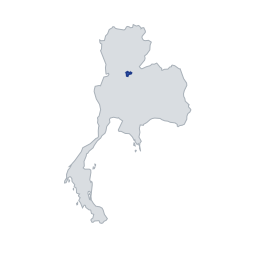 Mueang Phitsanulok, Phitsanulok, Thailand shown in context, rotated 18°
{"feature_id": "78962969B1264982226283", "entity_name": "Mueang Phitsanulok", "entity_type": "district", "adm_level": 2, "iso_a3": "THA", "parent_name": "Thailand", "parent_adm1": "Phitsanulok", "projection": "orthographic", "projection_center": [100.243, 16.805], "detail": "fine", "context": "in_parent", "style": "filled", "palette": "blue", "viewbox_px": 256, "rotation_deg": 18, "n_neighbors": 0, "source": "geoboundaries", "source_scale": "gbopen_adm2", "svg_char_len": 4759}
<svg xmlns="http://www.w3.org/2000/svg" viewBox="0 0 256 256"><g transform="rotate(18 128 128)"><path d="M109.5,28.7L109.7,29.6L110.7,28.3L112.0,27.7L114.6,30.5L114.9,31.8L113.1,36.3L113.4,37.8L114.6,39.1L116.0,39.8L117.5,39.6L120.4,38.3L123.6,39.1L123.4,42.2L124.6,47.0L123.1,51.9L121.5,54.3L122.7,56.4L122.8,58.4L119.8,66.1L120.4,66.6L122.3,67.5L123.2,67.2L126.4,64.2L129.9,61.8L131.0,59.8L133.3,59.2L135.3,57.4L139.9,60.4L141.2,60.7L141.8,61.2L142.0,62.5L142.6,62.7L144.5,60.9L147.7,59.7L148.9,57.1L150.4,56.3L150.2,55.0L150.7,54.5L153.2,54.3L157.2,55.6L158.6,55.9L159.3,55.6L165.7,63.9L169.8,67.1L170.8,69.3L170.0,75.0L170.2,78.2L171.2,80.7L172.9,82.4L174.2,84.8L179.0,87.1L178.6,87.7L179.0,89.2L181.9,90.9L182.2,91.5L181.9,93.8L180.6,95.6L180.4,97.1L180.4,98.8L181.2,101.5L180.4,107.0L178.7,108.6L176.4,109.8L175.2,111.3L174.2,110.9L173.8,109.4L171.2,108.6L166.4,109.5L163.9,109.2L160.7,109.8L157.5,109.6L155.6,109.0L150.3,110.3L148.1,111.5L146.5,113.1L144.1,117.1L141.7,119.7L141.8,120.7L138.7,121.3L138.9,124.8L140.7,128.5L141.2,133.2L144.7,136.5L144.0,138.8L144.5,141.1L147.2,146.3L145.2,143.8L144.8,142.1L142.6,139.6L141.8,140.9L139.2,138.9L138.1,137.0L137.7,137.9L135.0,135.2L132.4,133.7L130.9,133.0L127.1,134.0L122.4,133.3L120.6,134.0L119.8,133.6L119.4,132.8L120.7,122.9L116.6,121.7L115.9,121.1L115.0,121.8L111.0,122.2L108.1,124.0L107.7,125.5L109.0,128.2L107.3,133.1L107.9,137.7L107.7,140.2L105.6,143.4L105.1,146.0L102.8,149.8L101.3,154.8L100.9,157.7L98.2,162.0L97.5,164.5L96.5,165.4L96.9,167.4L96.5,173.4L98.2,177.7L97.7,179.8L99.6,180.5L104.0,179.1L105.6,179.5L106.5,181.9L107.6,189.0L109.5,191.2L110.0,190.1L110.9,191.2L111.6,193.3L113.9,204.5L115.2,207.4L113.7,206.7L112.9,203.2L111.6,203.0L112.1,200.8L111.3,200.0L109.9,200.6L110.0,202.4L113.5,207.9L115.7,208.1L118.5,210.5L121.6,212.3L125.5,211.7L128.1,212.2L129.7,213.7L132.3,217.5L136.4,220.6L135.8,222.5L134.1,224.1L133.3,226.2L132.2,226.9L130.6,226.9L129.0,225.1L124.9,226.8L124.0,228.4L122.9,228.8L121.1,227.0L121.3,226.0L122.4,224.5L122.1,220.7L119.7,220.6L118.0,217.8L117.5,217.5L116.3,217.9L112.5,216.6L111.3,214.8L110.2,214.9L109.4,218.0L106.0,213.9L103.6,212.1L104.0,209.0L102.4,208.4L101.7,207.5L102.3,205.7L100.1,205.9L99.0,205.4L97.8,202.1L96.7,200.7L95.2,200.7L94.8,200.1L94.9,198.4L91.3,196.1L90.2,193.4L88.5,192.2L87.4,192.5L86.4,194.4L85.5,194.3L84.8,193.8L83.9,191.1L84.0,186.4L85.1,183.7L85.8,179.3L87.4,175.7L90.9,164.9L91.1,160.7L96.9,154.7L100.8,147.8L102.1,146.8L102.6,145.5L100.6,139.9L99.7,136.0L99.9,135.0L97.4,132.4L96.8,129.4L96.1,128.4L95.9,127.4L96.8,125.6L96.3,119.0L93.7,114.4L88.9,110.2L84.6,103.9L84.1,101.7L83.9,98.5L87.4,96.5L88.8,96.4L89.3,87.0L92.3,85.2L92.9,84.5L93.3,82.9L92.6,82.0L90.6,83.5L90.3,83.2L87.9,77.6L87.4,74.3L78.0,62.9L78.4,61.1L77.1,56.2L75.7,56.1L74.8,55.2L73.8,53.0L75.6,53.3L78.6,52.1L78.2,47.4L79.5,44.7L79.7,40.2L82.0,37.6L82.3,36.3L83.6,36.1L85.2,37.1L86.9,37.1L94.0,36.0L94.9,34.8L95.3,32.4L96.0,31.6L97.6,31.4L99.4,31.9L101.3,30.9L101.0,28.0L104.3,28.5L106.5,27.2L109.5,28.7ZM86.5,195.7L86.0,199.2L84.6,199.9L84.2,197.8L85.0,194.6L85.4,195.3L86.5,195.7ZM108.7,175.4L108.5,177.1L107.3,177.7L107.0,175.8L108.7,175.4ZM138.9,140.4L140.4,142.8L138.7,142.6L138.3,140.3L138.9,140.4ZM103.2,216.9L102.4,215.9L103.1,214.3L103.7,216.3L103.2,216.9ZM88.8,196.1L88.5,198.0L87.8,195.4L88.8,196.1ZM108.8,173.9L108.1,173.7L107.6,172.6L108.4,172.6L108.8,173.9ZM94.8,201.8L95.6,204.1L94.7,203.0L94.8,201.8ZM142.8,146.8L142.6,148.2L141.8,147.6L142.3,146.6L142.8,146.8ZM84.9,182.2L84.1,182.7L84.8,181.4L84.9,182.2Z" fill="#d9dde1" stroke="#a8b0b8" stroke-width="1"/><path d="M111.8,78.1L111.9,77.9L111.9,77.7L111.8,77.4L111.9,77.2L112.0,77.0L112.1,76.9L112.3,76.8L112.3,76.7L112.5,76.6L112.7,76.4L112.8,76.3L112.8,76.2L113.0,76.1L113.3,76.0L113.6,75.9L113.8,75.8L113.8,75.7L114.0,75.6L114.2,75.4L114.3,75.3L114.3,75.2L114.4,74.9L114.3,74.7L114.3,74.4L114.2,74.4L113.9,74.5L113.7,74.5L113.6,74.4L113.6,74.5L113.3,74.6L113.1,74.6L112.9,74.7L112.9,74.8L112.7,74.8L112.6,74.7L112.5,74.8L112.4,74.8L112.2,74.8L112.0,75.0L111.9,75.0L111.7,75.1L111.4,74.9L111.2,74.8L110.9,74.7L110.9,74.8L110.9,75.0L110.9,75.3L110.7,75.3L110.6,75.2L110.4,75.1L110.3,74.9L110.2,74.9L109.9,74.9L109.9,75.0L109.7,75.0L109.6,75.3L109.6,75.2L109.5,75.3L109.4,75.4L109.5,75.4L109.4,75.5L109.4,75.4L109.4,75.5L109.5,75.5L109.6,75.8L109.6,75.7L109.6,75.8L109.6,76.0L109.8,76.1L109.9,76.3L110.0,76.5L110.0,76.8L109.9,76.8L109.9,76.7L109.9,76.8L110.0,76.8L110.1,77.0L110.0,77.4L110.1,77.5L110.2,77.8L110.3,77.8L110.3,78.0L110.5,78.1L110.5,78.3L110.6,78.5L110.8,78.7L110.7,78.8L110.8,78.9L110.8,79.0L111.0,79.0L111.3,79.0L111.6,79.0L111.8,79.1L111.7,79.0L111.7,78.9L111.8,78.9L111.8,78.7L111.9,78.4L111.8,78.2L111.8,78.1Z" fill="#3b82f6" stroke="#1e3a8a" stroke-width="1.5"/></g></svg>